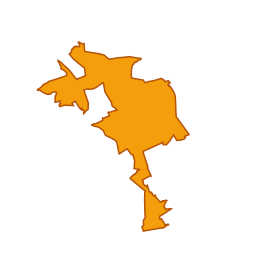 outline of Cuapiaxtla, Tlaxcala, Mexico, rotated 225°
{"feature_id": "50627088B23479789488100", "entity_name": "Cuapiaxtla", "entity_type": "district", "adm_level": 2, "iso_a3": "MEX", "parent_name": "Mexico", "parent_adm1": "Tlaxcala", "projection": "mercator", "projection_center": [-97.773, 19.339], "detail": "fine", "context": "isolated", "style": "filled", "palette": "amber", "viewbox_px": 256, "rotation_deg": 225, "n_neighbors": 0, "source": "geoboundaries", "source_scale": "gbopen_adm2", "svg_char_len": 5652}
<svg xmlns="http://www.w3.org/2000/svg" viewBox="0 0 256 256"><g transform="rotate(225 128 128)"><path d="M187.7,166.5L188.2,165.7L189.6,163.7L189.9,163.4L192.6,162.9L196.1,162.8L197.1,162.3L200.2,160.6L212.7,151.5L214.5,153.0L218.7,156.6L219.4,155.3L219.5,155.2L220.6,154.8L222.9,154.3L223.3,154.1L223.9,153.6L223.9,153.4L222.0,152.9L221.5,152.6L220.4,151.9L219.9,151.7L220.2,150.6L220.4,150.4L220.8,150.2L221.9,149.6L222.1,149.0L222.4,148.6L222.8,148.8L223.2,147.8L223.2,147.3L223.5,146.9L223.4,146.7L223.4,146.4L223.2,145.9L223.4,145.6L223.1,145.1L223.3,144.5L223.1,144.2L223.0,143.8L223.2,143.6L223.0,142.9L222.4,142.6L222.1,142.3L222.1,142.1L221.7,141.4L222.0,140.8L222.0,140.6L221.5,139.8L221.5,139.5L221.6,139.3L221.8,138.8L215.0,138.1L214.3,138.3L207.8,138.8L203.0,139.4L200.9,139.6L199.1,138.1L195.0,134.9L198.3,127.4L198.6,126.0L206.2,126.9L207.0,127.1L210.1,127.4L211.2,127.4L222.7,126.9L225.2,126.4L224.8,125.9L224.4,125.6L222.3,125.2L219.1,124.0L218.6,123.7L217.7,122.9L217.1,122.5L216.6,122.5L215.8,123.0L213.8,123.5L211.5,123.6L210.0,123.3L209.1,122.6L208.8,122.1L208.6,121.6L209.9,118.7L211.5,115.4L217.2,104.4L217.2,104.2L217.0,103.8L217.3,102.1L217.6,101.2L218.1,100.4L218.3,99.6L218.3,99.0L218.6,98.8L218.4,97.4L218.4,96.7L218.3,95.7L218.3,95.0L218.5,94.0L218.9,92.6L219.1,91.6L219.0,91.1L218.9,90.9L218.6,90.7L216.9,92.4L216.2,92.6L212.5,93.2L211.7,93.6L211.3,93.6L211.0,93.7L210.9,93.9L210.7,94.2L209.9,94.3L209.7,94.5L208.8,94.9L208.5,95.5L208.1,95.5L207.9,95.8L207.7,96.2L207.4,96.4L207.1,97.1L206.7,97.5L206.6,98.0L206.9,98.7L206.9,99.4L206.6,99.9L204.6,102.6L202.5,101.4L202.4,100.0L202.1,99.7L201.8,98.9L197.7,94.6L195.0,99.1L194.7,98.5L194.3,98.2L193.2,97.7L193.5,97.2L193.4,97.0L193.1,96.7L192.9,96.9L192.6,96.5L192.8,96.4L193.0,96.5L193.1,96.3L193.0,95.7L192.4,95.2L192.1,95.0L191.2,94.9L189.2,99.1L182.4,105.3L185.1,105.8L184.2,109.8L180.5,108.7L175.0,107.8L174.5,109.3L174.1,108.7L174.1,108.2L173.9,108.0L173.7,108.0L173.4,108.1L173.0,108.3L172.3,109.2L172.2,109.3L171.9,109.3L171.5,109.1L170.4,107.9L169.9,107.1L169.4,106.8L169.5,108.7L169.8,109.7L169.5,113.4L170.5,114.1L170.8,114.4L173.7,117.6L186.0,123.6L184.6,126.5L183.9,127.3L183.8,127.2L183.1,127.7L181.9,128.9L181.1,129.9L180.1,131.6L179.3,133.9L177.7,142.5L176.9,142.2L169.7,137.2L157.6,134.3L157.3,133.9L154.8,132.4L153.5,132.5L152.6,132.7L150.5,132.9L148.5,133.0L150.1,130.0L152.4,125.4L152.8,125.6L153.1,125.0L149.6,123.3L151.5,119.8L151.7,119.0L151.8,118.1L152.3,117.7L152.5,117.4L153.0,117.2L153.0,116.8L152.2,116.7L151.3,115.5L151.5,115.0L151.6,114.5L152.0,113.6L152.1,113.1L152.7,111.7L152.8,110.8L153.2,110.2L153.4,109.0L153.6,108.4L153.7,108.2L154.3,107.9L155.2,106.6L155.6,104.8L155.8,104.7L155.6,104.5L155.1,104.6L152.6,105.7L151.9,106.2L151.1,106.9L150.6,107.1L149.2,107.8L148.1,108.1L147.0,108.2L146.0,108.2L145.1,108.6L144.3,108.7L142.9,108.5L140.1,107.3L139.1,107.1L138.3,107.1L132.4,109.1L129.3,110.0L127.9,110.1L126.5,110.3L125.8,109.9L120.7,106.6L120.3,106.1L119.9,105.9L116.1,103.5L115.8,103.5L115.2,106.7L113.9,112.6L106.7,111.6L105.6,112.6L100.2,109.6L98.5,107.7L96.7,105.5L95.8,104.7L95.5,104.6L95.1,104.0L95.0,103.6L91.3,106.4L90.4,106.7L91.3,103.7L90.6,103.3L90.5,102.3L90.6,102.0L90.4,101.4L90.5,100.9L90.4,100.8L90.4,100.6L90.7,100.4L90.6,99.8L90.8,99.6L91.1,98.6L91.0,98.2L91.1,96.9L90.9,96.8L91.1,96.3L91.0,95.7L91.2,95.3L91.2,94.5L91.1,94.3L90.9,93.9L90.5,93.8L77.0,95.0L71.0,95.7L70.8,94.5L65.7,89.2L57.8,81.6L53.3,77.5L53.1,77.4L52.8,77.0L52.5,76.8L52.3,76.4L52.2,76.0L52.0,74.1L51.5,73.3L50.9,72.9L50.4,72.0L49.6,71.4L49.2,71.4L48.8,71.1L48.5,70.5L48.4,70.0L48.0,69.6L48.0,69.2L48.3,68.3L48.3,68.0L48.0,67.7L47.6,67.5L45.9,66.9L44.6,66.3L44.3,65.9L34.3,80.1L33.6,80.7L32.3,82.5L31.8,84.7L31.7,85.2L31.9,85.8L31.9,86.3L31.4,87.3L30.8,88.2L31.3,88.5L32.5,87.2L32.7,86.8L33.0,86.0L33.5,85.5L35.4,86.5L35.9,86.5L39.0,87.1L40.0,87.5L40.2,87.4L40.2,87.2L40.2,86.8L40.4,86.5L40.7,86.4L41.3,86.3L41.8,86.4L42.2,86.7L43.2,88.2L43.0,88.4L40.2,101.5L41.1,101.0L41.4,100.5L41.7,99.8L43.4,98.0L43.5,97.4L46.9,97.7L47.0,98.1L47.4,98.4L47.4,98.8L47.6,99.0L47.7,99.4L48.1,99.8L48.2,100.5L48.6,101.0L48.7,101.6L49.0,102.0L48.9,102.6L49.2,102.8L49.3,103.0L49.5,103.6L49.4,104.1L50.2,103.7L50.9,102.4L51.0,102.0L51.5,101.7L51.7,101.1L52.1,100.9L52.1,100.7L51.8,100.6L51.8,100.4L52.0,100.1L52.4,99.9L52.5,99.8L52.5,99.6L52.2,99.6L52.2,99.4L52.6,98.8L52.6,98.3L58.8,98.8L61.2,99.0L61.0,99.3L60.7,99.7L60.8,99.8L61.3,99.8L61.5,98.2L63.9,98.1L63.9,98.8L66.6,98.9L66.7,98.6L66.8,98.2L67.1,98.1L67.6,97.9L73.4,100.9L72.9,99.7L74.8,99.9L75.0,99.8L75.0,99.6L75.2,99.4L75.2,99.1L75.6,99.1L77.4,99.3L77.6,99.6L79.3,100.2L79.1,100.8L81.0,101.5L78.5,110.0L77.6,110.2L77.7,110.4L78.1,110.6L86.3,113.7L86.3,113.8L86.5,114.6L98.4,120.6L100.8,122.1L93.1,142.6L91.4,141.1L89.0,143.5L89.3,148.3L90.9,155.2L84.5,153.7L83.5,155.6L82.5,156.0L80.3,160.4L80.9,162.2L82.1,162.2L80.2,166.5L82.2,166.9L102.0,170.1L108.1,175.6L110.1,177.6L116.0,183.0L117.9,184.3L118.7,184.8L120.9,185.7L122.9,186.3L124.5,186.6L127.1,187.2L127.4,187.0L127.6,187.1L128.3,187.2L128.7,186.4L130.7,187.3L129.9,189.0L130.6,189.8L130.8,189.3L132.8,190.1L134.6,186.9L135.8,187.4L139.5,186.6L143.4,179.5L146.1,175.7L148.0,172.1L151.4,172.6L151.6,172.3L160.7,165.9L162.2,167.0L164.5,169.1L165.6,170.5L166.5,171.4L167.7,173.0L168.8,174.7L169.0,174.8L169.3,175.6L169.1,176.7L169.2,177.0L169.7,177.4L169.7,177.6L169.5,177.8L169.4,178.2L169.5,179.5L169.5,179.8L169.3,180.0L168.9,180.1L168.9,180.6L168.7,181.0L168.6,182.8L168.4,183.7L167.5,185.0L167.9,186.4L172.8,182.7L177.4,179.6L178.8,177.7L183.8,171.6L185.0,170.4L187.0,167.3L187.7,166.5Z" fill="#f59e0b" stroke="#b45309" stroke-width="1.5"/></g></svg>